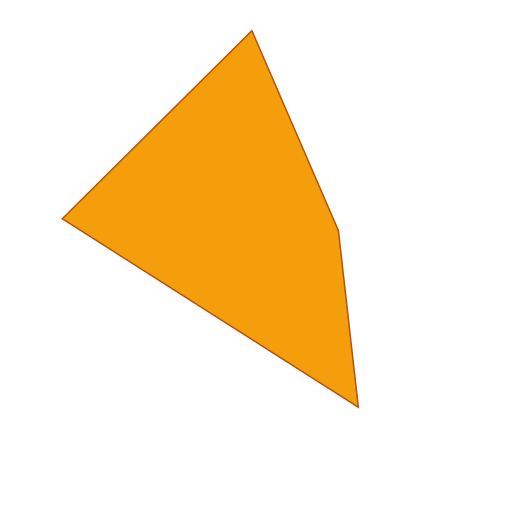 outline of Ijuw, rotated 233°
{"feature_id": "NRU-4980", "entity_name": "Ijuw", "entity_type": "state/province", "adm_level": 1, "iso_a3": "NRU", "parent_name": "Nauru", "parent_adm1": "", "projection": "mercator", "projection_center": [166.951, -0.505], "detail": "fine", "context": "isolated", "style": "filled", "palette": "amber", "viewbox_px": 512, "rotation_deg": 233, "n_neighbors": 0, "source": "natural_earth", "source_scale": "10m", "svg_char_len": 230}
<svg xmlns="http://www.w3.org/2000/svg" viewBox="0 0 512 512"><g transform="rotate(233 256 256)"><path d="M402.3,123.7L438.4,388.3L226.7,337.1L73.6,246.7L402.3,123.7Z" fill="#f59e0b" stroke="#b45309" stroke-width="1.5"/></g></svg>